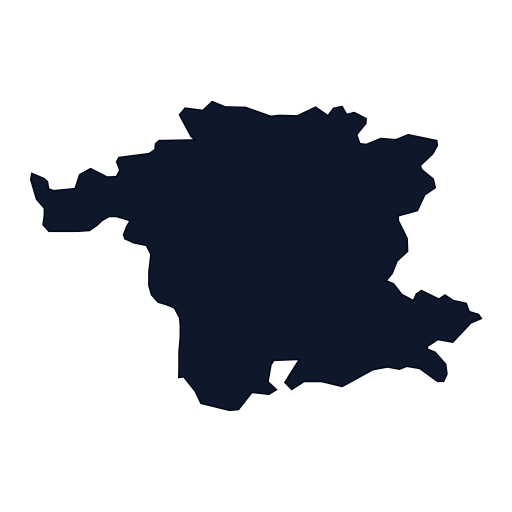 map outline of Worcestershire (Equal Earth projection)
{"feature_id": "GBR-2776", "entity_name": "Worcestershire", "entity_type": "Administrative County", "adm_level": 1, "iso_a3": "GBR", "parent_name": "United Kingdom", "parent_adm1": "", "projection": "equal_earth", "projection_center": [-2.174, 52.204], "detail": "fine", "context": "isolated", "style": "filled", "palette": "ink", "viewbox_px": 512, "rotation_deg": 0, "n_neighbors": 0, "source": "natural_earth", "source_scale": "10m", "svg_char_len": 1734}
<svg xmlns="http://www.w3.org/2000/svg" viewBox="0 0 512 512"><path d="M481.3,318.5L470.8,323.0L452.8,342.2L437.9,339.5L427.6,346.2L427.2,349.0L435.1,352.2L445.7,364.3L447.0,374.0L443.6,381.3L437.7,381.5L419.7,368.5L406.8,366.3L399.4,369.2L387.4,367.0L372.8,369.7L342.2,386.5L321.4,381.5L304.0,381.5L291.7,389.5L284.9,382.4L299.3,359.4L273.9,360.4L271.0,364.7L268.0,381.7L276.4,389.7L268.9,394.3L251.9,392.4L238.5,409.5L229.6,410.4L201.0,403.4L195.2,391.3L183.7,376.8L178.7,377.5L179.0,368.3L179.0,351.8L180.3,336.9L180.3,326.1L179.7,317.9L174.4,308.0L166.6,304.7L158.1,302.2L151.5,294.8L148.9,285.7L148.9,271.7L150.9,254.4L146.4,245.4L133.9,242.9L124.8,238.7L123.5,234.6L126.8,226.4L130.1,220.6L116.3,216.5L109.1,216.5L101.9,220.6L96.6,225.6L89.5,230.5L77.7,231.3L62.0,231.3L48.9,231.3L43.0,224.7L44.3,215.7L44.4,208.3L36.5,199.2L30.7,179.5L31.8,173.4L44.2,178.6L47.5,181.8L48.6,188.9L53.7,190.7L75.1,188.6L79.6,174.7L90.6,168.6L107.0,177.0L116.4,176.7L119.8,170.2L116.6,161.7L118.9,157.5L149.1,153.6L155.0,149.5L155.5,143.8L159.1,140.6L195.3,139.9L191.2,136.7L179.5,114.9L185.1,108.1L202.8,110.4L212.2,101.6L225.2,106.9L245.6,107.4L270.7,116.3L279.5,115.4L297.2,115.9L315.6,107.1L328.0,115.7L333.5,108.3L342.1,106.5L346.6,114.5L354.2,112.5L366.2,118.7L365.8,123.5L356.7,134.7L359.8,143.6L366.3,144.5L380.7,138.5L396.0,139.7L408.2,134.7L436.7,140.6L437.4,145.4L432.5,154.1L420.3,165.5L421.8,169.7L433.3,179.1L435.3,187.7L424.8,194.8L417.4,210.6L398.4,215.8L398.3,220.6L407.2,238.5L407.6,251.3L397.0,261.1L392.2,273.4L386.1,280.7L393.6,283.9L401.7,294.4L413.4,300.6L416.4,293.9L421.4,290.5L438.9,299.1L445.0,295.0L453.2,300.5L466.2,303.4L469.2,311.6L478.5,314.4L481.3,318.5Z" fill="#0f172a" stroke="#020617" stroke-width="1.5"/></svg>